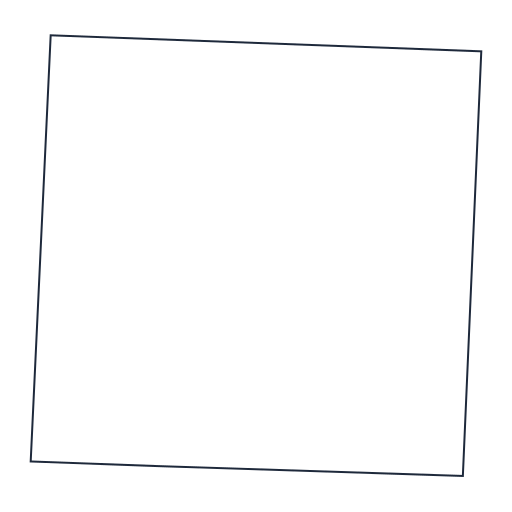 Armstrong, Texas, United States of America, rotated 2°
{"feature_id": "52423323B62682340625208", "entity_name": "Armstrong", "entity_type": "district", "adm_level": 2, "iso_a3": "USA", "parent_name": "United States of America", "parent_adm1": "Texas", "projection": "mercator", "projection_center": [-101.331, 34.965], "detail": "fine", "context": "isolated", "style": "outline", "palette": "slate", "viewbox_px": 512, "rotation_deg": 2, "n_neighbors": 0, "source": "geoboundaries", "source_scale": "gbopen_adm2", "svg_char_len": 231}
<svg xmlns="http://www.w3.org/2000/svg" viewBox="0 0 512 512"><g transform="rotate(2 256 256)"><path d="M474.0,43.6L43.1,42.6L38.0,469.2L164.6,469.4L470.4,468.6L474.0,43.6Z" fill="none" stroke="#1e293b" stroke-width="2"/></g></svg>